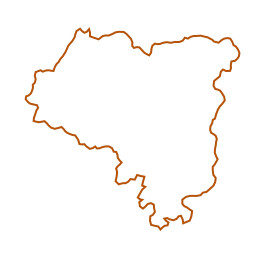 the district of Belo Vale, Minas Gerais, Brazil, rotated 185°
{"feature_id": "56859067B69751783454408", "entity_name": "Belo Vale", "entity_type": "district", "adm_level": 2, "iso_a3": "BRA", "parent_name": "Brazil", "parent_adm1": "Minas Gerais", "projection": "robinson", "projection_center": [-44.059, -20.405], "detail": "fine", "context": "isolated", "style": "outline", "palette": "amber", "viewbox_px": 256, "rotation_deg": 185, "n_neighbors": 0, "source": "geoboundaries", "source_scale": "gbopen_adm2", "svg_char_len": 3097}
<svg xmlns="http://www.w3.org/2000/svg" viewBox="0 0 256 256"><g transform="rotate(185 128 128)"><path d="M98.0,37.6L96.5,33.5L92.6,32.9L89.2,32.5L86.8,29.7L85.2,31.7L83.1,33.7L80.1,34.5L79.5,37.4L82.0,38.9L83.9,40.9L81.1,41.7L78.8,40.7L74.7,40.1L71.6,41.8L69.9,44.4L67.6,45.2L65.5,41.5L64.7,37.9L61.4,39.6L58.5,41.1L57.3,44.9L57.0,48.2L56.9,50.9L59.6,52.3L62.4,54.1L65.1,55.0L67.3,57.3L67.6,61.4L64.1,64.5L60.3,65.8L56.9,66.1L53.7,66.3L49.9,67.4L47.8,70.1L44.2,71.2L41.7,73.8L39.9,75.8L37.9,77.9L36.4,81.9L36.3,85.9L38.9,88.8L39.9,93.4L40.2,96.7L38.5,99.2L37.1,102.2L36.0,104.7L37.9,107.8L39.4,111.0L39.5,114.6L39.1,118.3L39.0,122.1L38.5,124.7L39.9,127.8L42.3,129.4L44.7,130.4L46.0,133.2L46.0,136.8L44.6,139.9L44.2,143.5L42.2,144.9L41.4,149.4L40.1,154.0L38.5,157.4L36.5,159.9L34.0,163.9L35.0,167.6L37.2,170.6L39.4,173.2L41.7,174.1L44.4,174.5L46.5,177.5L46.3,182.4L43.4,185.2L41.0,187.5L40.4,192.2L38.5,194.5L35.2,193.3L31.3,193.8L30.6,196.6L31.1,199.2L30.8,203.3L27.2,204.3L25.1,206.6L23.8,209.0L23.5,212.4L25.2,215.7L27.6,218.5L30.1,219.8L31.7,223.1L33.9,225.9L36.5,226.3L39.8,225.5L42.3,223.8L45.2,220.9L49.8,221.6L51.8,223.3L54.2,224.2L56.6,225.3L60.4,225.8L63.6,226.3L66.8,225.8L70.8,225.3L73.7,224.2L76.0,222.3L79.2,222.9L81.2,219.7L84.6,218.1L88.9,217.8L92.7,216.6L96.8,216.9L100.7,215.9L103.5,214.5L105.9,214.1L108.5,214.4L110.8,212.2L111.5,209.4L111.6,205.0L113.2,202.2L115.8,203.2L118.2,204.4L120.8,206.7L123.7,209.3L126.4,209.3L129.1,208.3L131.0,210.3L131.1,213.6L132.8,217.1L135.2,219.3L137.5,221.4L140.6,223.3L145.1,223.1L148.8,222.2L151.6,220.4L155.4,218.4L158.8,218.2L161.4,217.2L163.2,215.5L165.0,213.8L167.8,214.5L170.1,215.0L173.8,216.0L174.2,219.8L175.4,223.1L177.5,220.2L179.8,219.1L182.1,220.4L184.4,222.7L187.7,220.1L188.6,216.8L189.1,213.6L191.1,209.7L193.1,207.0L194.7,204.6L195.7,201.7L196.8,198.5L198.0,196.1L199.2,193.8L201.3,191.0L203.0,187.5L204.9,185.3L206.2,182.4L207.2,178.3L210.0,178.4L212.3,178.6L214.9,178.1L217.8,176.7L220.1,177.9L222.6,176.7L224.8,175.7L225.4,172.2L224.2,168.3L224.8,164.9L226.6,162.8L226.2,159.8L226.8,156.7L227.9,153.8L229.9,151.7L232.2,150.7L232.5,147.9L230.5,145.7L228.0,143.9L224.1,143.2L220.7,142.8L219.3,140.3L220.8,137.3L221.7,133.2L222.6,129.9L222.6,126.7L220.1,126.3L217.5,126.0L214.6,126.7L211.8,127.5L209.3,125.7L207.3,123.6L204.7,121.7L201.1,120.8L197.8,121.8L194.4,123.2L192.0,121.3L190.4,119.4L188.3,118.0L186.0,117.1L183.0,116.3L179.9,116.0L178.1,113.7L176.4,111.5L175.0,107.8L172.5,107.6L170.1,108.1L167.8,106.0L164.3,103.9L161.4,104.9L159.1,106.7L157.1,104.9L154.7,105.3L152.1,106.6L148.9,107.7L145.3,108.0L142.1,106.5L140.2,103.2L137.7,103.1L136.2,100.6L135.7,97.7L134.0,95.4L131.4,93.1L133.0,90.9L134.8,89.1L136.3,86.7L135.0,83.3L135.1,78.6L135.7,73.9L132.3,71.1L128.6,72.5L125.6,72.8L122.9,74.7L121.2,77.3L116.7,77.2L114.8,82.0L111.5,81.3L107.4,80.9L108.4,75.6L108.9,71.9L105.7,70.9L108.5,67.8L110.3,63.9L112.2,59.6L110.0,58.1L107.6,57.7L110.3,55.2L109.3,51.0L106.1,49.0L104.1,51.0L101.6,54.1L98.6,55.1L95.6,53.9L95.1,50.6L93.9,46.8L95.6,43.7L98.1,42.0L98.0,37.6Z" fill="none" stroke="#b45309" stroke-width="2"/></g></svg>